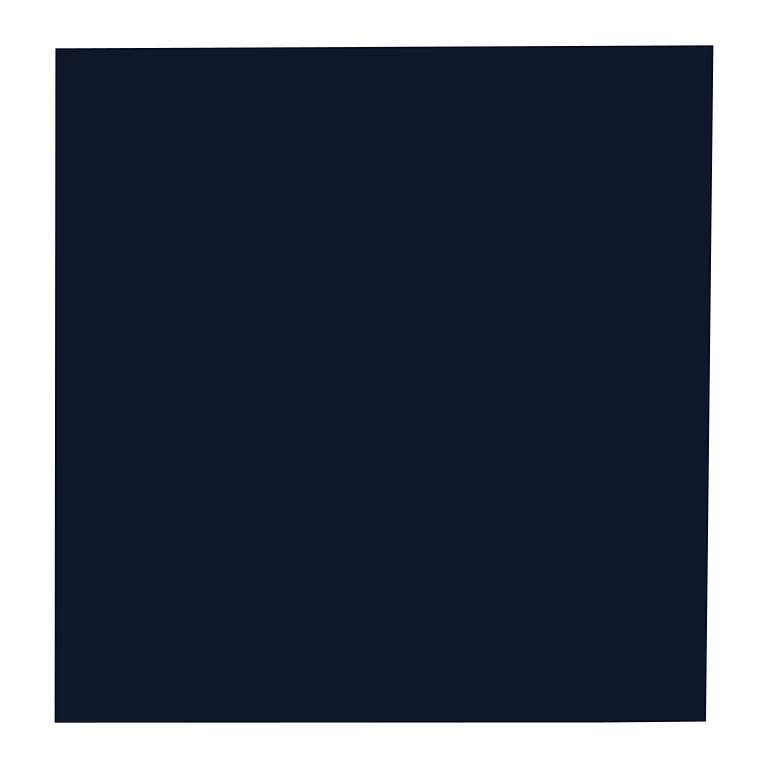 Martin, Texas, United States of America
{"feature_id": "52423323B4659936825166", "entity_name": "Martin", "entity_type": "district", "adm_level": 2, "iso_a3": "USA", "parent_name": "United States of America", "parent_adm1": "Texas", "projection": "natural_earth1", "projection_center": [-101.937, 32.306], "detail": "fine", "context": "isolated", "style": "filled", "palette": "ink", "viewbox_px": 768, "rotation_deg": 0, "n_neighbors": 0, "source": "geoboundaries", "source_scale": "gbopen_adm2", "svg_char_len": 210}
<svg xmlns="http://www.w3.org/2000/svg" viewBox="0 0 768 768"><path d="M603.1,721.7L705.2,720.8L712.6,46.1L66.6,49.1L56.2,49.1L55.4,721.9L603.1,721.7Z" fill="#0f172a" stroke="#020617" stroke-width="1.5"/></svg>